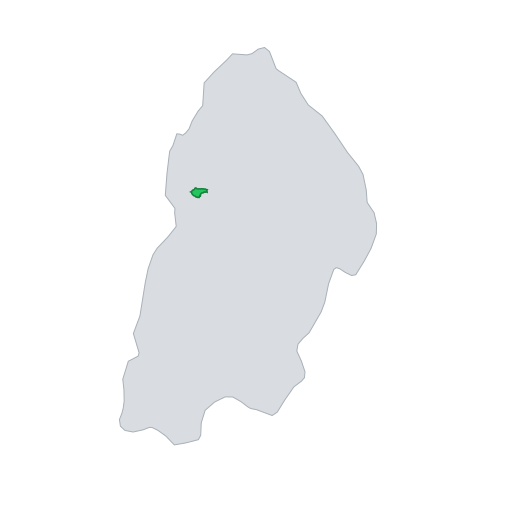 Drugyelgang, Daga, Bhutan (highlighted), rotated 105°
{"feature_id": "84629894B98684691838312", "entity_name": "Drugyelgang", "entity_type": "district", "adm_level": 2, "iso_a3": "BTN", "parent_name": "Bhutan", "parent_adm1": "Daga", "projection": "mercator", "projection_center": [90.024, 26.986], "detail": "fine", "context": "in_parent", "style": "filled", "palette": "green", "viewbox_px": 512, "rotation_deg": 105, "n_neighbors": 0, "source": "geoboundaries", "source_scale": "gbopen_adm2", "svg_char_len": 3628}
<svg xmlns="http://www.w3.org/2000/svg" viewBox="0 0 512 512"><g transform="rotate(105 256 256)"><path d="M404.7,221.6L403.9,224.7L400.5,233.0L398.2,242.0L400.1,249.4L407.8,258.2L418.2,265.2L431.4,265.7L443.5,263.0L448.3,264.1L454.9,275.8L459.6,286.0L453.3,296.4L449.8,305.6L448.5,312.1L449.3,314.9L453.2,320.2L457.8,329.1L458.4,337.4L455.5,342.9L449.3,345.6L442.6,344.8L437.1,344.9L430.2,345.8L419.5,348.9L409.5,352.8L390.7,352.1L383.2,343.9L379.7,343.9L362.6,354.4L344.0,352.6L310.1,356.1L296.0,356.9L281.5,355.8L274.1,353.5L260.5,346.1L248.1,340.7L235.5,345.7L231.0,346.6L220.9,359.3L199.0,363.4L177.2,366.5L170.7,364.8L158.5,364.1L158.0,361.1L158.4,358.2L155.6,355.9L150.6,353.6L142.0,352.6L131.0,349.4L124.6,346.4L102.2,350.9L89.2,344.2L74.3,335.0L66.8,331.0L64.1,316.8L61.5,312.2L55.6,307.4L52.4,301.7L55.0,295.9L69.8,285.1L71.0,282.5L77.8,262.2L87.3,254.8L96.6,244.6L103.7,228.2L117.4,211.5L132.4,194.3L142.7,180.2L149.6,173.7L163.7,166.6L175.5,162.5L183.7,153.1L193.5,147.9L203.6,145.5L218.7,146.8L232.8,150.1L248.3,154.8L250.1,158.6L248.8,165.3L246.6,172.0L246.5,175.5L248.9,177.4L264.1,178.7L282.7,177.6L293.1,178.6L316.3,184.8L323.1,189.2L330.2,192.6L337.2,192.0L346.0,184.8L355.2,178.7L361.0,177.7L365.1,179.7L372.5,185.5L387.8,191.0L401.4,195.1L405.9,199.1L404.3,215.9L404.7,221.6Z" fill="#d9dde1" stroke="#a8b0b8" stroke-width="1"/><path d="M214.4,329.6L214.5,329.3L214.6,329.2L214.6,328.9L214.4,328.6L214.3,328.3L214.3,328.2L214.5,328.0L214.5,327.9L214.6,327.7L214.3,327.3L214.3,327.2L214.2,327.1L214.2,326.9L214.3,326.7L214.3,326.4L214.3,326.1L214.2,326.0L213.8,326.0L213.6,326.0L213.4,326.0L213.2,326.0L212.9,326.0L212.5,325.9L212.4,325.9L212.5,325.7L212.6,325.4L212.6,325.2L212.4,325.2L212.3,325.3L212.2,325.3L211.9,325.3L211.7,325.3L211.4,325.4L211.2,325.4L211.1,325.5L210.9,325.5L210.8,325.4L210.7,325.4L210.6,325.5L210.4,325.5L210.3,325.4L210.2,325.3L210.1,325.2L209.9,325.2L209.7,325.1L209.4,325.0L209.4,324.9L209.3,324.7L209.2,324.5L209.1,324.4L209.1,324.2L208.9,323.9L208.7,323.7L208.7,323.4L208.6,323.2L208.4,323.1L208.2,323.2L207.9,323.0L207.8,322.8L207.8,322.7L207.7,322.7L207.6,322.4L207.6,322.2L207.4,322.0L207.4,321.9L207.5,321.8L207.5,321.7L207.4,321.4L207.4,321.2L207.2,321.1L207.2,320.9L207.1,320.7L207.1,320.4L207.1,320.2L207.0,319.9L207.1,319.6L206.9,319.6L206.6,319.9L206.2,320.1L205.7,320.4L205.2,320.3L204.9,320.3L204.6,320.2L204.6,320.5L204.6,321.1L204.6,321.4L204.7,321.6L204.7,321.8L204.6,322.1L204.5,322.4L204.5,322.5L204.4,322.6L204.6,323.0L204.8,323.2L204.8,323.4L204.8,323.5L204.8,323.9L204.8,324.1L204.7,324.3L204.8,324.6L205.0,324.9L205.0,325.1L205.0,325.4L205.0,325.5L205.1,325.8L205.1,326.0L205.2,326.3L205.2,326.5L205.3,326.6L205.5,326.8L205.6,327.0L205.8,327.3L205.8,327.6L205.7,327.7L205.7,327.9L205.7,328.0L205.8,328.3L205.9,328.6L206.0,328.9L206.2,329.1L206.3,329.3L206.3,329.5L206.3,329.9L206.3,330.0L206.3,330.3L206.3,330.5L206.2,330.5L206.0,330.8L206.0,331.0L205.9,331.1L205.9,331.3L205.9,331.5L205.8,331.8L206.0,332.0L206.1,332.3L206.3,332.5L206.7,332.6L206.9,332.6L207.0,332.6L207.4,332.7L207.5,332.7L207.6,332.8L207.9,333.0L208.0,333.1L208.1,333.3L208.3,333.4L208.3,333.5L208.4,333.8L208.6,334.0L208.8,334.2L208.9,334.3L209.2,334.3L209.3,334.3L209.5,334.5L209.8,334.8L210.0,334.9L210.4,335.0L210.5,335.1L210.8,335.5L211.0,335.7L211.1,335.2L211.3,334.9L211.4,334.6L211.6,334.5L211.8,334.4L212.0,334.3L212.2,334.2L212.4,334.0L212.6,333.8L212.8,333.5L213.1,333.3L213.1,333.2L213.3,332.7L213.6,332.3L213.8,331.9L213.9,331.5L214.0,331.2L213.9,330.6L213.9,330.3L214.0,330.0L214.1,329.8L214.2,329.7L214.4,329.6Z" fill="#22c55e" stroke="#15803d" stroke-width="1.5"/></g></svg>